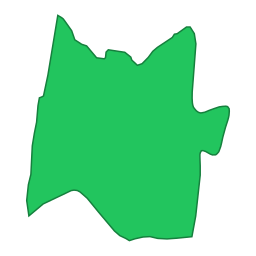 Sibilia, Quezaltenango, Guatemala
{"feature_id": "79465075B93967770843500", "entity_name": "Sibilia", "entity_type": "district", "adm_level": 2, "iso_a3": "GTM", "parent_name": "Guatemala", "parent_adm1": "Quezaltenango", "projection": "robinson", "projection_center": [-91.632, 14.992], "detail": "fine", "context": "isolated", "style": "filled", "palette": "green", "viewbox_px": 256, "rotation_deg": 0, "n_neighbors": 0, "source": "geoboundaries", "source_scale": "gbopen_adm2", "svg_char_len": 1294}
<svg xmlns="http://www.w3.org/2000/svg" viewBox="0 0 256 256"><path d="M191.9,236.7L195.7,216.1L200.2,175.1L200.2,165.8L200.0,160.6L199.9,156.8L199.9,154.3L200.3,152.7L201.4,150.7L203.1,150.6L205.7,151.5L208.0,152.8L210.3,154.1L212.4,154.9L215.7,154.8L217.2,153.6L218.8,151.7L219.8,149.0L220.7,146.5L221.6,142.8L222.8,137.2L225.5,127.3L227.8,120.2L228.6,117.2L229.0,115.2L229.3,111.0L229.1,108.7L227.6,106.6L225.9,106.2L222.6,106.4L219.2,106.9L214.7,108.4L208.9,110.5L204.9,112.2L203.4,112.5L200.8,113.0L198.6,112.4L196.4,110.9L194.7,108.9L193.5,107.3L192.8,105.2L192.4,102.9L192.1,98.3L192.2,92.2L195.9,43.9L194.3,33.6L190.1,27.0L186.5,27.0L177.2,33.7L174.4,34.2L172.3,37.5L157.4,47.4L152.8,51.3L148.2,57.5L142.1,63.7L137.4,65.3L131.8,60.1L130.8,57.1L124.8,52.3L108.3,49.8L106.1,52.1L105.5,57.7L104.3,58.8L96.6,57.8L86.6,45.9L81.7,44.3L74.8,39.8L71.7,30.8L65.7,22.3L63.3,19.0L61.7,17.7L57.8,15.4L47.9,75.2L43.5,96.0L41.4,97.1L39.4,97.8L38.0,105.6L36.6,122.2L34.4,133.1L32.3,145.8L30.9,174.4L28.4,184.6L26.7,200.5L28.9,215.9L43.2,203.9L71.1,190.6L74.0,190.1L77.3,190.5L80.0,191.9L87.2,198.2L98.9,212.5L114.5,231.0L119.8,235.6L125.9,238.5L129.4,240.6L134.9,238.8L143.0,237.0L150.0,236.6L157.7,238.4L167.0,238.9L176.7,238.2L191.9,236.7Z" fill="#22c55e" stroke="#15803d" stroke-width="1.5"/></svg>